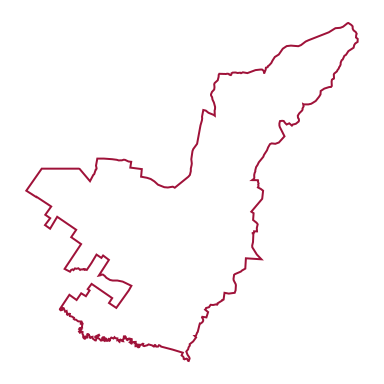 Beliu, Arad, Romania (Albers equal-area conic projection)
{"feature_id": "2599482B53045213319316", "entity_name": "Beliu", "entity_type": "district", "adm_level": 2, "iso_a3": "ROU", "parent_name": "Romania", "parent_adm1": "Arad", "projection": "albers", "projection_center": [21.977, 46.527], "detail": "fine", "context": "isolated", "style": "outline", "palette": "rose", "viewbox_px": 384, "rotation_deg": 0, "n_neighbors": 0, "source": "geoboundaries", "source_scale": "gbopen_adm2", "svg_char_len": 5917}
<svg xmlns="http://www.w3.org/2000/svg" viewBox="0 0 384 384"><path d="M189.6,358.6L189.3,357.4L187.5,354.7L186.3,351.5L188.1,349.3L188.6,347.3L189.8,345.6L189.7,344.2L193.1,341.5L196.1,337.4L194.8,336.0L195.8,336.0L197.2,332.5L197.7,332.0L199.6,324.3L199.8,323.7L200.1,323.9L202.4,322.2L203.2,320.8L203.1,319.3L202.0,317.4L202.3,316.8L206.4,317.4L208.1,312.1L205.1,309.6L205.8,308.9L206.1,308.0L209.0,307.2L210.6,304.8L213.1,305.0L215.9,304.4L217.1,304.7L217.5,304.3L217.5,303.4L222.5,300.3L222.4,299.9L223.6,299.5L224.5,292.8L228.8,293.6L234.7,292.8L235.6,290.3L235.9,285.3L235.7,284.2L233.7,280.3L233.5,278.9L234.1,274.8L235.0,274.1L240.8,271.6L242.0,270.5L245.3,268.6L245.9,258.3L261.4,259.3L256.8,254.5L252.3,247.3L252.2,245.5L253.0,242.1L253.4,233.5L251.9,233.3L254.1,232.6L254.1,231.3L257.0,231.4L256.8,228.0L257.7,224.3L256.7,222.9L253.1,220.0L253.6,213.2L251.3,211.7L262.2,198.8L263.1,190.7L260.9,189.0L257.9,187.4L258.5,186.1L258.2,184.4L258.6,183.6L258.0,181.8L258.1,180.9L257.9,180.2L252.2,180.1L253.8,178.9L254.3,177.9L254.2,175.0L254.6,173.1L255.3,171.5L255.3,170.3L256.1,167.1L257.5,165.0L258.8,162.3L263.3,156.8L264.0,154.9L267.0,150.3L268.1,147.4L270.0,144.1L271.7,143.4L275.3,143.8L278.9,142.5L284.5,136.3L279.8,127.0L279.4,125.4L279.4,123.4L280.0,121.1L282.1,120.8L283.7,121.0L284.8,122.6L286.6,124.5L289.3,123.3L291.9,125.6L292.7,124.6L295.8,123.8L298.7,121.5L299.0,120.2L298.7,118.7L298.0,117.8L297.8,115.7L299.2,113.4L302.2,110.4L302.6,109.3L302.5,108.5L303.6,106.4L303.2,104.1L303.8,104.4L308.3,104.4L311.1,103.8L312.5,103.0L315.7,101.0L319.2,96.6L320.5,94.4L320.7,91.0L324.3,88.6L329.0,87.1L331.1,86.9L331.8,85.9L331.6,81.6L331.9,79.8L332.6,79.1L333.7,78.8L334.0,78.2L333.8,74.5L334.2,73.6L336.9,71.4L337.6,69.9L338.7,68.6L339.1,67.3L339.9,66.2L340.6,64.6L340.7,62.6L341.7,60.2L342.7,59.5L344.4,55.8L346.0,54.8L348.4,51.1L353.6,47.7L354.2,45.1L355.2,43.5L357.6,41.9L357.7,38.9L356.0,37.5L356.2,35.0L356.7,33.8L355.7,32.0L353.6,30.4L352.7,28.7L352.6,26.3L351.3,24.9L348.4,23.0L347.5,23.2L343.1,26.7L340.3,27.8L335.4,28.2L328.8,32.3L308.6,40.2L305.7,41.5L301.0,45.1L298.3,46.2L290.9,45.6L286.7,46.1L282.8,48.7L278.8,54.5L274.8,57.0L272.5,60.6L271.3,63.0L269.1,65.4L268.1,66.0L267.6,67.2L265.9,67.7L265.7,69.6L264.1,73.6L263.9,71.8L263.5,70.7L262.0,69.5L260.9,69.5L255.5,70.1L247.4,73.1L242.9,72.3L241.0,73.2L240.2,72.7L237.5,73.0L235.7,72.5L232.7,72.6L231.5,73.3L231.3,74.6L230.8,75.1L229.4,74.7L228.8,73.9L227.1,73.7L226.0,74.0L219.3,73.8L218.7,74.9L218.6,76.9L217.7,80.3L214.7,83.0L214.2,84.2L214.5,87.2L214.2,89.5L212.0,91.9L211.0,94.3L211.1,95.5L212.1,97.2L212.5,99.6L213.9,102.5L215.1,107.0L215.0,109.2L214.6,110.4L214.8,115.7L213.7,114.9L208.5,112.8L205.8,110.6L203.3,110.0L202.0,116.9L202.2,118.2L201.9,120.5L200.5,125.3L197.1,143.8L193.3,149.0L192.5,151.0L191.3,159.2L191.8,163.4L191.6,165.1L190.8,168.7L190.8,171.2L189.9,174.9L188.4,176.7L174.8,187.7L172.8,186.7L167.8,187.5L164.3,187.2L158.0,184.7L154.4,181.4L150.7,179.0L147.0,177.8L141.1,176.7L141.8,169.1L130.3,167.6L131.2,161.8L128.5,161.5L125.1,159.9L123.8,159.7L122.0,160.3L118.7,160.4L116.7,159.8L112.1,159.2L103.9,158.6L97.3,158.6L96.0,165.7L96.6,168.3L96.2,169.5L95.7,169.6L94.2,174.2L93.3,174.9L90.0,181.2L79.6,168.9L78.9,168.7L41.7,168.7L26.3,190.7L36.3,197.1L36.5,196.8L51.2,206.5L45.3,214.8L50.2,218.2L45.0,225.1L50.1,228.7L57.2,216.8L76.2,229.8L71.2,237.2L81.1,244.1L64.6,268.9L70.0,271.7L71.2,269.9L72.6,269.4L73.5,270.1L75.0,268.4L76.3,268.8L78.4,268.3L80.1,269.9L80.8,269.4L82.3,269.5L83.5,269.0L84.0,269.1L84.4,269.9L84.9,269.9L85.2,269.2L86.8,269.9L91.4,263.1L96.5,254.6L101.4,257.9L103.1,255.5L108.9,259.9L98.8,275.6L100.7,275.2L101.6,274.6L102.9,274.6L104.7,275.9L106.4,277.8L110.1,280.0L112.6,280.5L117.2,280.5L122.7,281.6L131.4,285.8L128.8,290.4L116.3,307.9L109.0,303.0L112.2,298.1L91.6,283.9L87.7,289.1L89.6,290.5L85.9,296.2L81.2,293.3L76.6,300.0L69.4,294.8L59.9,309.1L59.9,309.5L60.8,310.3L62.2,309.9L62.3,307.8L63.7,308.2L65.2,311.7L66.6,311.0L67.0,312.9L66.9,314.3L67.4,314.8L69.0,313.7L69.9,313.9L69.6,315.4L69.8,316.1L71.8,316.5L74.0,317.8L73.7,318.9L74.6,319.6L75.8,319.6L78.3,321.4L81.5,321.5L82.4,323.3L80.0,323.5L82.3,324.4L82.0,326.5L82.1,327.8L79.7,328.1L79.2,329.0L81.0,329.6L79.0,331.5L79.9,332.7L81.7,331.6L82.6,332.0L82.4,333.7L83.2,335.2L83.2,337.2L83.6,337.9L84.5,338.7L85.0,338.6L84.8,336.8L85.2,336.5L86.8,337.7L87.3,337.5L87.1,334.8L87.4,334.1L87.9,334.0L89.0,334.7L89.0,335.4L89.7,336.2L89.8,337.6L90.4,337.9L91.5,337.0L92.5,336.8L92.5,338.1L92.9,338.7L95.2,340.4L95.8,340.4L96.6,338.2L95.2,337.1L95.3,336.6L98.9,334.8L99.2,335.4L97.8,336.5L97.5,337.8L99.3,338.8L101.0,340.6L101.9,340.4L102.2,338.0L102.9,337.3L104.1,337.2L104.5,337.6L104.4,338.1L103.8,338.6L103.7,339.6L103.8,340.4L104.8,341.0L105.2,340.6L105.1,339.0L105.5,338.6L106.0,338.7L106.0,340.3L106.6,340.8L107.6,340.8L108.1,339.4L108.7,338.9L109.0,339.2L108.8,340.3L109.5,340.8L110.0,340.4L110.1,339.0L111.3,337.6L113.5,338.5L114.5,337.2L115.4,338.2L117.4,338.4L117.3,340.3L119.0,340.0L119.0,341.4L119.5,341.8L119.9,340.4L120.6,339.7L122.2,341.1L123.1,341.2L122.5,339.7L123.6,339.1L123.9,336.4L125.2,336.3L125.7,337.0L124.7,337.7L124.7,338.1L126.6,338.7L126.8,339.7L127.3,340.1L127.7,339.9L127.7,339.0L128.7,339.1L129.1,338.5L131.7,339.1L131.8,340.2L131.5,340.4L130.4,340.0L130.7,341.8L129.8,342.3L131.4,343.6L131.7,343.5L132.3,342.1L135.7,341.9L135.7,342.4L134.7,342.9L134.6,343.4L135.9,343.6L136.7,344.3L135.5,345.5L135.5,346.2L136.8,346.1L138.2,347.3L139.2,347.1L139.5,346.5L138.0,345.8L137.6,344.6L140.9,344.9L142.9,343.7L143.3,343.9L142.9,344.8L143.3,345.8L144.2,346.1L147.4,345.2L148.6,344.4L152.1,345.4L153.7,346.5L154.4,346.4L154.3,345.5L154.9,345.0L155.3,345.1L156.4,346.6L158.0,346.6L159.0,345.2L160.4,345.8L161.1,346.6L172.6,349.6L182.8,352.7L181.6,355.4L183.2,356.7L183.7,357.6L183.7,358.9L184.4,359.3L186.4,358.6L187.0,358.8L188.2,360.9L188.7,361.0L189.6,358.6Z" fill="none" stroke="#9f1239" stroke-width="2"/></svg>